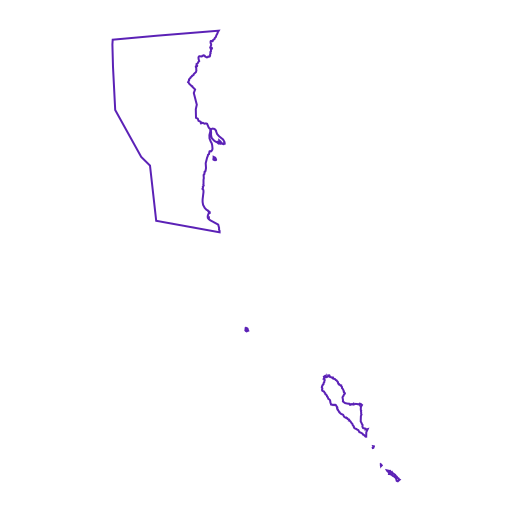 Mexicali, Baja California, Mexico
{"feature_id": "50627088B84599572497035", "entity_name": "Mexicali", "entity_type": "district", "adm_level": 2, "iso_a3": "MEX", "parent_name": "Mexico", "parent_adm1": "Baja California", "projection": "robinson", "projection_center": [-113.946, 30.648], "detail": "fine", "context": "isolated", "style": "outline", "palette": "violet", "viewbox_px": 512, "rotation_deg": 0, "n_neighbors": 0, "source": "geoboundaries", "source_scale": "gbopen_adm2", "svg_char_len": 6013}
<svg xmlns="http://www.w3.org/2000/svg" viewBox="0 0 512 512"><path d="M219.6,232.3L219.6,230.9L219.0,229.5L219.1,228.0L218.2,224.6L210.1,220.2L208.7,219.0L208.6,218.6L208.9,218.3L208.9,218.2L208.4,218.7L208.1,218.3L208.6,217.8L208.8,218.1L208.6,217.8L208.1,218.1L207.8,217.7L207.7,216.6L207.9,215.3L208.7,213.4L209.8,212.9L209.6,212.0L208.8,211.9L208.6,211.2L208.2,211.2L207.9,210.5L206.5,209.8L204.7,207.9L203.1,204.9L202.6,202.0L202.6,199.4L203.5,192.0L203.4,190.2L203.1,189.5L202.5,189.0L202.5,188.7L202.8,188.5L203.0,187.5L202.8,186.8L203.7,185.6L203.3,184.7L203.5,184.3L203.5,179.8L203.8,178.2L203.6,175.0L204.3,174.3L204.3,173.6L204.7,172.7L204.5,172.3L204.6,171.7L205.5,171.0L206.0,168.0L205.7,163.2L207.1,157.6L207.8,156.0L208.0,154.8L209.0,154.1L209.5,151.4L210.0,151.1L211.0,151.4L211.4,151.1L212.3,149.7L212.5,148.6L212.2,145.4L211.7,143.3L210.7,141.5L209.5,138.4L209.4,135.1L210.3,131.5L210.3,129.1L210.5,128.9L209.4,128.4L208.7,127.5L207.1,123.8L205.9,123.4L204.5,123.7L202.8,122.8L201.0,123.4L200.8,123.0L200.9,122.3L200.7,121.8L198.5,120.8L197.8,118.7L196.0,117.8L195.8,109.2L196.8,104.7L193.8,93.0L195.1,89.5L192.6,87.0L192.4,86.5L192.2,86.6L189.1,83.6L188.6,82.5L188.1,82.2L188.4,81.4L189.1,80.5L189.0,79.5L189.6,78.7L190.5,77.9L190.6,77.4L192.2,76.0L192.2,75.7L193.5,75.0L193.8,74.1L196.0,72.0L196.4,70.3L196.2,69.1L196.3,67.9L195.9,67.2L195.8,66.4L196.2,66.0L196.7,66.3L197.1,66.1L197.2,65.8L196.6,65.1L196.5,64.1L197.7,63.3L198.3,62.0L199.2,61.1L198.6,59.1L198.5,57.9L198.5,57.3L198.9,56.5L199.5,56.2L201.5,56.5L202.1,56.3L202.4,55.8L202.7,55.9L203.6,55.3L203.9,55.4L204.3,55.8L204.6,55.7L204.9,56.0L205.1,56.5L206.8,57.4L207.7,57.2L208.3,56.5L209.1,56.7L209.8,56.4L210.1,55.5L210.1,54.2L210.6,53.4L210.3,52.1L210.8,51.7L211.0,51.2L210.9,49.7L211.7,48.9L212.0,48.2L211.8,47.9L210.5,48.1L210.2,47.7L211.2,44.9L211.0,43.7L210.6,43.0L210.6,41.4L210.8,41.0L211.1,40.9L212.2,41.3L212.6,41.2L213.0,40.1L214.6,38.9L214.8,38.0L215.9,36.9L216.3,35.4L217.3,33.7L217.8,32.2L218.7,30.7L157.0,35.7L112.7,39.7L112.4,44.4L113.0,66.9L115.2,110.0L141.2,156.9L150.0,165.6L156.2,220.8L219.6,232.3ZM329.3,375.3L328.2,375.4L328.3,376.1L327.3,376.8L326.8,376.7L326.7,377.1L326.4,377.2L325.7,377.2L325.7,376.7L325.4,377.2L325.1,377.1L325.0,376.6L325.3,376.1L325.1,375.9L323.9,376.7L324.3,377.8L323.9,378.5L324.2,378.5L324.1,379.2L324.6,379.6L324.7,380.3L324.3,381.1L324.3,382.1L323.6,383.0L323.5,384.2L322.7,384.8L322.6,385.5L322.0,386.2L321.8,387.6L322.2,388.0L322.4,388.8L322.0,389.9L322.4,390.8L324.1,391.6L324.5,392.6L325.3,393.3L325.4,394.3L326.4,394.9L327.0,395.9L327.0,396.5L327.7,397.0L328.3,398.8L329.3,399.4L330.0,400.2L330.3,401.3L330.2,401.6L330.4,402.2L330.4,402.7L331.0,404.0L331.0,404.5L332.0,404.8L332.6,404.7L333.1,405.1L334.0,404.7L334.8,405.1L335.2,404.8L336.1,405.3L336.8,407.0L337.1,407.0L337.3,407.3L337.4,408.1L337.3,408.4L337.1,408.4L337.1,408.8L337.9,409.6L337.8,410.0L338.8,411.2L338.9,411.7L339.5,412.1L339.5,412.5L341.2,414.0L342.6,414.5L343.2,414.9L343.9,416.4L344.4,417.0L346.2,418.0L346.1,417.7L346.3,417.6L346.8,418.2L347.3,418.2L347.9,419.2L349.0,419.5L349.4,420.2L349.3,420.4L349.5,420.4L349.7,420.9L350.3,421.2L351.5,423.0L352.4,423.9L352.8,425.3L353.7,426.2L354.0,427.0L353.9,427.3L354.3,428.0L355.6,428.8L356.4,428.9L357.2,429.7L358.3,430.1L359.4,432.2L360.3,432.4L362.6,433.7L363.0,434.6L364.0,435.0L365.6,436.7L366.2,436.7L366.3,432.2L367.7,429.1L367.0,429.3L365.8,429.2L365.6,429.0L365.4,429.2L365.3,428.6L363.1,428.1L362.4,426.7L362.6,425.0L361.8,423.8L361.6,423.1L360.7,421.4L360.9,416.0L361.5,414.5L361.1,413.9L361.2,412.5L361.0,411.5L361.2,410.6L360.8,410.1L360.8,408.3L361.0,406.6L362.0,405.0L360.7,403.9L360.2,404.3L359.7,404.0L359.6,404.4L359.5,404.2L358.9,404.3L358.9,404.1L358.3,404.4L357.1,404.0L355.3,403.9L353.6,404.6L353.2,404.5L353.2,403.8L352.1,404.4L351.8,404.2L351.8,403.7L351.7,404.0L351.1,404.0L350.6,404.8L349.9,404.8L349.1,403.7L347.9,403.7L345.1,403.1L343.2,401.7L342.9,401.4L343.0,400.1L342.5,397.3L343.1,396.2L343.4,396.0L343.9,394.7L344.9,393.6L344.9,393.2L343.9,392.3L344.0,391.8L343.6,391.1L343.7,390.9L342.9,389.1L342.0,388.1L342.0,387.0L341.2,386.2L341.2,385.4L340.1,385.2L339.7,384.7L339.0,384.5L339.0,384.0L338.2,383.6L338.0,382.3L337.7,381.7L337.4,381.6L336.5,380.3L335.8,380.1L334.9,379.0L333.3,378.7L333.2,378.2L332.7,378.1L332.8,377.5L331.1,377.3L330.1,376.8L329.6,376.8L329.4,376.4L329.5,375.5L329.3,375.3ZM216.0,130.5L214.8,129.3L213.9,128.8L212.4,128.6L211.1,129.3L210.9,130.6L211.1,132.5L211.0,134.7L211.4,136.9L211.9,138.3L214.4,140.9L216.5,142.1L217.4,141.8L217.9,142.3L218.2,142.1L217.9,143.0L218.6,143.6L219.2,143.5L219.8,143.0L220.1,143.1L220.2,143.7L220.9,143.8L221.2,143.5L220.8,142.1L219.2,140.8L219.2,140.4L220.6,141.6L221.3,143.0L222.4,143.5L223.0,143.4L223.0,144.0L223.7,144.2L224.0,143.9L224.7,143.7L224.5,142.1L223.1,139.5L219.0,136.2L217.1,134.0L215.9,130.8L215.9,130.6L216.3,131.1L216.0,130.5ZM388.9,470.8L386.8,470.3L387.0,470.7L388.2,471.7L388.8,472.8L389.3,473.1L389.4,473.5L389.2,474.0L390.3,474.0L390.5,474.4L391.4,474.5L392.7,475.8L394.6,476.7L394.7,477.1L395.6,477.7L396.2,478.9L396.5,480.2L396.8,480.4L396.8,480.9L397.8,481.3L399.6,479.7L399.0,479.4L398.6,478.5L397.3,477.7L396.9,476.8L395.7,475.8L395.2,474.9L392.0,472.6L391.9,472.2L391.6,472.4L391.0,472.1L390.3,471.1L390.1,471.2L389.9,470.9L389.2,471.1L388.9,470.8ZM216.1,159.8L215.8,158.8L215.2,157.7L213.6,156.9L213.6,157.7L214.0,158.2L213.3,159.1L213.5,159.7L214.8,160.2L215.9,160.1L216.1,159.8ZM245.9,327.8L245.6,328.1L246.0,328.5L246.0,329.2L245.3,330.1L245.5,330.4L245.7,330.2L245.7,330.6L246.3,330.8L246.4,331.3L246.1,332.1L246.6,331.3L248.2,330.7L247.9,330.1L247.6,328.8L247.3,328.4L245.9,327.8ZM380.6,464.2L380.2,464.6L380.4,464.5L380.8,464.9L380.9,465.5L381.0,465.3L381.2,465.5L381.4,465.3L382.0,466.1L381.9,465.6L381.5,465.0L381.4,464.9L381.3,465.2L380.6,464.2ZM373.9,446.3L373.3,446.2L373.5,446.6L373.2,447.2L372.8,447.3L372.5,446.8L372.8,448.0L373.2,447.9L373.2,447.5L373.9,446.7L373.9,446.3Z" fill="none" stroke="#5b21b6" stroke-width="2"/></svg>